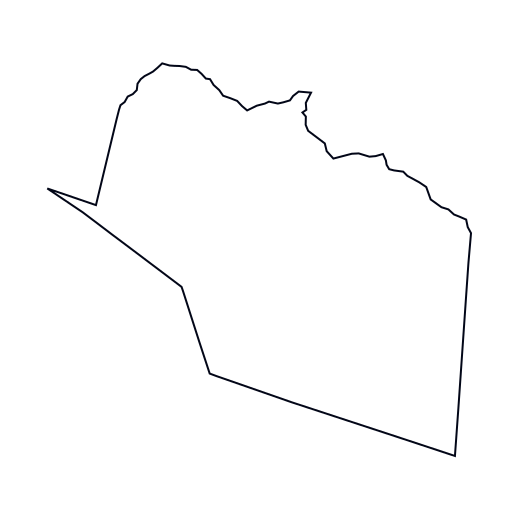 the district of Jardim, Ceará, Brazil, rotated 184°
{"feature_id": "56859067B26521088745212", "entity_name": "Jardim", "entity_type": "district", "adm_level": 2, "iso_a3": "BRA", "parent_name": "Brazil", "parent_adm1": "Ceará", "projection": "albers", "projection_center": [-39.229, -7.588], "detail": "fine", "context": "isolated", "style": "outline", "palette": "ink", "viewbox_px": 512, "rotation_deg": 184, "n_neighbors": 0, "source": "geoboundaries", "source_scale": "gbopen_adm2", "svg_char_len": 1204}
<svg xmlns="http://www.w3.org/2000/svg" viewBox="0 0 512 512"><g transform="rotate(184 256 256)"><path d="M43.1,293.8L46.8,299.6L48.9,307.0L56.0,309.5L61.4,311.2L67.3,315.9L74.4,317.6L85.7,324.6L91.0,336.7L98.3,340.9L110.6,346.5L115.0,350.4L124.3,351.0L129.2,351.9L132.1,356.1L133.1,360.4L136.5,366.6L143.6,364.0L149.8,363.0L160.7,365.5L167.5,364.7L185.6,358.6L192.8,365.5L195.2,373.1L212.7,384.5L215.6,390.3L216.0,398.6L219.7,402.4L216.0,405.3L217.0,412.2L212.5,422.8L224.9,423.0L230.2,418.2L233.0,413.6L239.5,411.2L244.8,409.6L253.8,410.9L257.7,408.7L265.7,406.0L275.0,400.6L280.3,404.5L285.6,409.4L292.5,411.6L300.0,413.6L304.2,418.9L310.2,423.6L314.2,429.2L318.4,429.5L323.0,433.9L327.7,437.5L333.7,437.3L339.2,439.8L345.6,440.2L350.7,440.0L355.4,440.0L363.0,441.6L367.5,436.8L371.6,432.8L375.1,430.5L379.7,427.7L383.3,424.4L386.2,419.6L386.5,413.2L390.2,408.9L395.1,406.1L397.8,400.4L401.7,397.0L402.8,392.6L404.6,382.7L419.2,295.6L468.9,308.8L431.9,287.5L421.9,281.0L401.1,267.4L381.3,254.6L341.0,228.4L328.1,220.0L326.4,216.0L306.7,166.7L294.0,135.5L286.9,133.4L210.3,112.6L97.0,84.0L43.6,70.4L43.5,117.8L43.6,230.7L43.6,263.8L43.1,293.8Z" fill="none" stroke="#020617" stroke-width="2"/></g></svg>